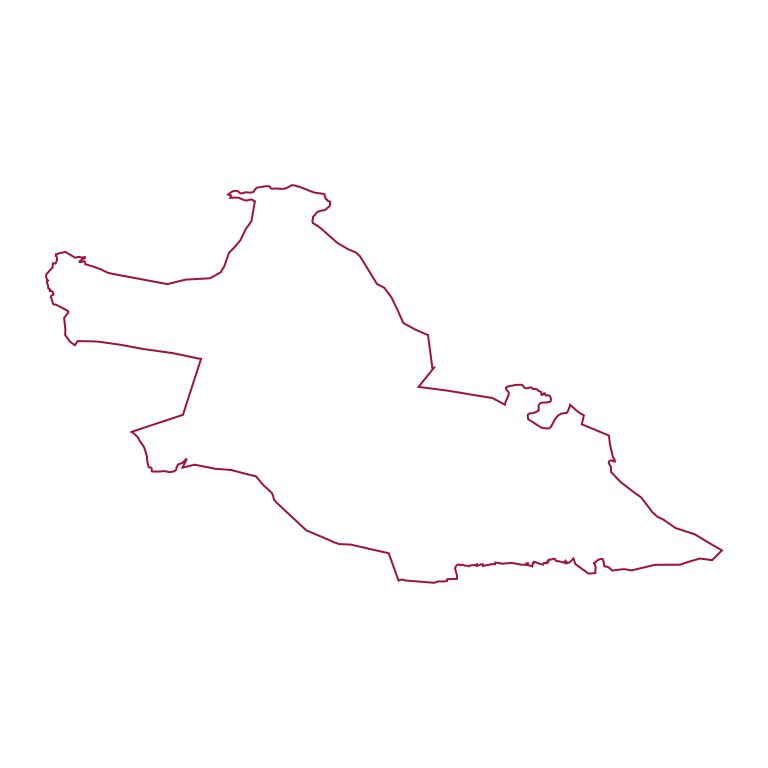 Oxchuc, Chiapas, Mexico (Albers equal-area conic projection)
{"feature_id": "50627088B29165563245458", "entity_name": "Oxchuc", "entity_type": "district", "adm_level": 2, "iso_a3": "MEX", "parent_name": "Mexico", "parent_adm1": "Chiapas", "projection": "albers", "projection_center": [-92.342, 16.796], "detail": "fine", "context": "isolated", "style": "outline", "palette": "rose", "viewbox_px": 768, "rotation_deg": 0, "n_neighbors": 0, "source": "geoboundaries", "source_scale": "gbopen_adm2", "svg_char_len": 6050}
<svg xmlns="http://www.w3.org/2000/svg" viewBox="0 0 768 768"><path d="M228.1,194.5L231.1,195.6L230.3,197.8L231.3,197.7L232.4,197.8L233.3,197.6L236.0,197.6L238.4,197.8L239.3,198.0L240.6,198.6L241.7,198.9L242.2,199.3L243.9,200.0L244.7,200.3L245.3,200.3L245.8,200.4L246.5,200.3L247.3,200.5L249.4,199.8L250.0,199.5L251.8,199.6L252.9,200.1L253.7,200.9L254.4,201.3L254.9,201.3L251.4,221.3L245.9,228.8L240.4,240.2L235.1,246.6L229.0,252.9L224.3,266.2L220.7,272.3L211.3,277.6L209.6,278.3L185.8,279.6L167.4,284.1L114.4,274.2L110.6,273.4L106.9,272.4L102.1,269.9L93.6,266.7L85.3,264.2L85.3,263.1L85.1,262.1L84.7,261.4L83.9,261.2L83.0,261.6L80.7,262.2L80.3,262.2L79.5,261.8L79.9,261.1L81.9,259.4L84.7,258.1L85.0,257.5L84.8,257.1L83.6,257.2L82.3,257.6L81.4,257.5L80.1,257.1L78.9,256.9L77.5,257.0L75.9,257.6L75.1,257.7L65.3,251.8L61.9,252.8L60.5,252.9L57.7,253.8L56.9,254.3L56.0,254.2L55.9,256.0L56.2,256.1L57.1,257.8L57.0,260.1L56.1,262.4L55.5,263.5L52.9,263.3L52.5,267.7L52.1,267.9L46.3,274.4L46.1,275.4L46.1,276.6L47.0,279.9L48.0,280.5L47.2,281.2L46.9,281.7L46.9,282.1L47.3,282.9L47.2,283.4L47.4,284.1L48.1,285.8L48.3,288.2L48.4,288.4L49.3,288.9L50.3,289.7L49.8,290.9L52.5,291.5L53.4,294.4L53.5,294.6L53.2,294.8L51.1,295.9L50.7,297.3L51.4,297.9L52.9,303.7L54.7,304.7L56.0,304.7L66.9,310.4L68.1,311.2L68.4,312.5L64.1,317.9L65.4,329.8L65.1,334.9L70.0,341.7L74.9,345.2L75.4,344.5L77.5,341.1L94.0,341.4L99.3,341.8L120.0,344.7L143.2,349.0L173.8,353.3L198.3,358.5L201.1,358.8L186.6,403.4L183.0,414.8L130.5,432.2L132.6,432.3L137.2,436.6L138.0,437.5L139.2,440.0L143.6,446.4L144.4,448.0L146.9,456.2L147.3,461.7L148.8,467.4L150.2,467.4L151.1,467.7L151.6,468.3L151.8,470.0L151.7,471.2L152.1,471.5L157.5,471.6L163.6,471.2L165.9,471.3L169.4,472.2L172.7,471.6L173.4,471.7L175.1,470.7L175.9,470.0L176.3,469.2L176.6,468.3L176.5,467.6L176.6,467.0L177.1,466.6L177.6,465.2L178.3,464.4L179.0,464.1L181.5,463.3L182.7,462.7L185.8,459.5L186.9,458.6L182.6,467.6L194.7,464.7L214.8,468.7L231.1,470.0L250.2,475.0L256.0,476.3L261.7,483.2L263.7,485.4L271.9,493.0L273.1,495.9L274.0,499.7L277.0,503.0L306.2,530.3L329.7,540.3L332.9,541.9L339.4,544.1L350.9,544.6L370.7,549.2L388.7,553.2L398.5,580.5L402.1,579.6L405.7,580.5L434.1,582.8L438.6,581.3L442.7,581.5L444.8,581.4L447.0,580.9L447.3,579.2L457.0,578.8L457.1,576.1L456.6,574.0L455.1,568.8L455.4,567.3L456.3,565.7L457.4,564.7L460.3,564.7L460.6,565.2L461.8,564.7L463.3,565.0L464.7,565.6L467.8,565.8L469.2,566.3L470.5,565.4L475.4,564.9L476.9,564.3L476.7,565.9L479.9,565.0L481.2,564.2L482.8,564.3L482.9,566.0L485.9,565.3L492.1,564.1L495.1,564.1L495.4,562.5L500.1,563.2L501.7,563.8L503.3,563.5L504.9,563.5L506.8,563.3L511.5,563.0L513.1,563.1L516.4,563.8L518.0,564.0L521.0,564.7L524.4,564.7L526.3,565.0L526.3,563.4L528.0,563.3L527.5,565.1L529.1,565.3L532.3,566.5L532.7,564.7L532.8,563.1L533.6,563.2L534.0,561.8L535.6,562.2L540.1,563.9L543.2,564.6L543.9,563.0L545.5,563.0L547.2,563.2L547.2,561.5L548.5,561.6L548.4,560.0L550.0,559.6L551.8,559.4L553.2,558.7L553.9,558.8L555.4,559.4L555.3,560.1L556.8,561.4L558.3,561.1L564.5,562.8L564.6,561.8L566.0,563.0L566.2,561.4L567.4,563.0L569.3,562.6L573.5,558.5L575.4,564.1L588.5,573.6L595.3,573.1L595.5,570.4L595.4,569.5L595.7,568.2L595.7,567.7L595.6,567.0L594.6,564.0L593.9,563.4L594.0,562.9L594.7,562.7L595.9,561.8L596.0,561.4L597.3,560.3L597.9,560.1L600.2,559.0L601.1,558.8L601.9,558.8L602.8,559.4L603.9,562.8L604.2,565.6L604.8,566.3L605.3,566.6L606.0,566.5L607.0,566.8L607.6,566.8L610.1,568.5L612.3,570.6L613.1,570.4L624.2,569.1L631.5,570.4L655.1,564.8L678.5,564.7L682.0,564.3L684.3,563.1L699.9,558.5L712.1,560.2L721.9,550.4L705.8,541.0L694.8,534.3L675.6,528.1L663.2,519.5L657.5,516.9L652.3,512.1L641.2,497.4L634.9,493.0L620.3,481.8L611.1,472.0L610.9,466.8L608.7,463.1L608.9,462.1L609.2,461.2L611.1,460.3L612.6,460.6L613.7,461.5L614.8,461.5L614.8,460.7L614.5,459.4L612.9,457.0L610.2,445.6L609.2,438.2L609.0,435.6L581.8,424.3L583.9,415.4L580.6,413.6L575.8,410.0L570.1,404.8L569.7,406.7L567.3,412.3L567.1,412.6L566.1,412.9L561.4,413.6L558.5,415.2L556.7,417.0L554.3,420.4L551.4,426.2L549.1,428.4L545.9,428.4L541.3,427.6L528.2,419.2L527.7,415.5L528.0,414.5L528.9,413.7L530.3,413.3L532.0,413.3L533.3,413.1L536.7,411.7L538.3,410.7L538.8,410.0L538.9,409.7L538.7,409.1L538.5,406.4L538.7,405.2L539.4,404.1L540.4,403.1L541.9,402.6L547.5,402.4L550.2,401.7L550.8,400.9L551.0,399.6L550.7,398.1L550.3,396.7L549.5,395.8L548.2,395.2L546.1,395.6L545.5,395.1L545.1,393.8L544.7,393.3L543.7,393.5L542.8,394.7L541.6,394.9L541.3,394.6L541.5,393.2L541.1,392.1L540.5,391.6L538.8,391.0L538.3,390.7L537.3,389.5L535.8,389.0L534.7,388.8L533.8,389.1L532.9,389.0L531.4,387.5L530.6,387.3L529.9,387.3L529.0,387.9L527.6,388.2L526.3,388.2L525.3,388.1L524.7,387.9L523.7,387.0L522.5,385.2L521.4,384.8L517.0,384.8L514.2,385.2L512.5,385.6L511.6,385.7L508.2,386.4L507.2,386.9L506.5,387.1L505.9,387.9L506.0,388.5L506.4,389.6L507.9,391.3L508.5,392.3L508.8,393.4L508.4,396.0L507.7,396.6L506.9,399.1L505.5,402.1L504.9,404.7L492.4,398.0L470.6,394.5L460.8,392.8L446.4,390.5L418.5,386.9L434.0,367.7L432.3,367.7L428.0,334.9L426.5,334.5L414.5,329.2L403.4,323.1L399.9,315.4L397.9,310.7L391.3,297.1L384.2,287.7L377.1,284.1L360.0,256.3L355.8,252.4L348.4,249.4L337.5,243.0L321.3,228.7L318.0,226.1L312.8,223.1L312.4,220.4L313.1,218.8L313.0,217.0L313.2,216.6L313.4,216.3L314.6,215.3L316.3,213.0L317.1,212.2L320.5,210.8L324.5,210.1L326.4,209.1L327.2,207.9L328.6,207.2L330.1,205.2L330.3,204.7L330.0,203.5L330.1,201.7L329.7,201.4L328.1,201.2L327.0,199.7L325.9,199.0L325.3,197.8L324.4,194.2L323.7,193.9L314.9,192.7L310.2,191.1L298.8,186.5L297.9,186.6L294.9,185.5L292.8,185.2L291.9,185.3L290.4,185.8L288.8,186.9L285.7,188.3L284.6,188.7L282.1,188.9L275.9,188.5L271.7,188.7L270.6,188.0L270.1,187.0L268.8,186.2L266.9,186.1L263.8,186.5L260.6,187.1L258.0,187.4L256.8,187.8L255.3,189.2L253.7,191.6L253.2,192.1L249.9,192.7L247.5,192.4L245.6,192.3L244.4,192.6L242.3,193.3L241.2,193.4L239.7,192.9L238.6,191.8L237.6,191.2L235.6,190.8L233.9,191.0L232.6,191.4L231.5,192.0L230.5,192.7L230.3,193.1L229.0,193.8L228.1,194.5Z" fill="none" stroke="#9f1239" stroke-width="2"/></svg>